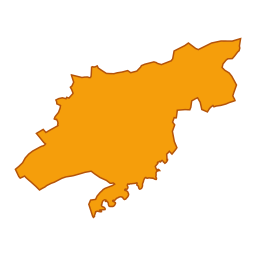 Malam Madori, Jigawa, Nigeria
{"feature_id": "59680162B52658055469559", "entity_name": "Malam Madori", "entity_type": "district", "adm_level": 2, "iso_a3": "NGA", "parent_name": "Nigeria", "parent_adm1": "Jigawa", "projection": "orthographic", "projection_center": [9.967, 12.523], "detail": "fine", "context": "isolated", "style": "filled", "palette": "amber", "viewbox_px": 256, "rotation_deg": 0, "n_neighbors": 0, "source": "geoboundaries", "source_scale": "gbopen_adm2", "svg_char_len": 5744}
<svg xmlns="http://www.w3.org/2000/svg" viewBox="0 0 256 256"><path d="M71.4,74.9L71.4,75.0L73.7,82.2L71.9,86.0L70.4,87.2L70.9,88.2L71.6,89.4L73.0,93.0L73.0,93.4L72.9,93.6L68.9,98.1L66.7,97.3L66.0,98.7L62.4,97.8L58.7,98.6L55.9,100.0L56.6,101.7L56.9,103.9L60.5,105.5L60.1,108.2L58.5,112.4L55.1,116.7L54.2,118.9L54.2,119.0L54.3,119.1L55.1,119.2L55.6,119.5L56.6,119.3L57.0,120.3L57.6,121.3L57.7,121.8L58.1,123.3L57.8,123.8L57.7,124.0L57.7,124.5L58.0,125.6L48.9,130.7L45.9,132.5L43.2,129.4L36.4,133.4L38.9,136.4L43.8,142.5L45.5,143.9L44.7,144.9L43.4,145.8L41.9,146.2L40.3,146.9L32.6,151.1L28.7,154.1L25.3,157.9L22.6,162.8L18.9,166.4L15.4,169.3L18.8,176.5L20.2,178.1L24.6,176.1L26.0,177.6L27.3,178.8L29.0,180.3L30.9,181.9L32.9,183.7L35.9,186.4L39.5,190.0L42.2,188.4L44.9,187.0L46.8,185.5L51.2,183.3L54.3,182.2L61.8,178.3L65.9,176.9L71.6,176.0L73.6,175.6L76.8,174.7L82.0,173.2L85.0,172.3L91.2,171.2L94.7,173.9L100.0,177.5L106.4,180.4L110.1,183.2L111.2,183.3L112.9,183.0L113.7,183.2L114.6,184.1L112.3,185.6L105.2,188.3L103.2,189.5L102.2,190.6L100.1,192.5L97.1,196.1L95.6,199.4L90.6,200.1L88.8,204.3L92.6,216.1L93.4,217.4L93.9,217.0L94.5,216.4L94.3,215.9L94.5,215.4L94.8,214.6L95.1,213.7L95.4,212.7L95.5,212.1L95.7,211.7L96.5,211.6L97.0,211.2L97.6,211.2L98.7,211.5L99.7,211.7L101.0,211.8L101.5,211.6L101.4,211.1L101.0,211.2L101.0,210.7L100.5,210.4L100.2,210.4L100.1,211.0L99.6,210.9L99.6,210.2L100.4,209.9L101.4,209.9L102.9,209.7L104.1,209.7L105.1,209.5L105.1,208.5L104.7,208.0L103.9,207.2L103.3,207.1L102.7,206.6L102.1,206.4L101.6,205.8L101.4,205.1L101.6,204.4L102.0,204.0L102.0,203.4L102.0,202.9L102.3,202.3L102.5,201.6L103.0,200.8L103.8,200.3L104.5,199.8L105.8,200.0L106.0,200.2L105.5,201.3L106.0,201.5L106.9,201.2L107.6,201.9L108.3,203.2L108.4,204.5L108.9,205.9L109.5,206.4L110.2,206.5L110.7,206.5L111.1,206.5L111.5,206.5L112.7,206.5L113.1,206.4L113.5,206.2L114.5,205.4L114.7,204.9L115.0,204.4L115.2,204.0L115.4,203.6L115.5,203.2L115.4,202.7L115.2,202.5L114.9,202.3L114.4,201.9L114.1,201.7L113.7,201.6L113.4,201.6L113.1,201.4L112.8,201.2L112.7,201.0L112.7,200.7L112.8,200.5L113.0,200.4L113.5,200.2L114.0,200.3L114.5,200.3L114.8,200.2L115.0,200.1L115.2,199.9L115.5,199.6L115.7,199.3L115.9,199.0L116.2,198.8L116.5,198.5L116.9,198.2L117.2,198.0L117.7,197.9L118.2,197.6L118.7,197.3L119.2,197.1L119.7,196.9L120.2,196.8L120.7,196.8L121.1,196.8L121.6,197.0L122.4,197.3L122.7,197.4L122.8,197.6L122.8,197.8L123.5,198.8L124.2,199.4L124.5,199.5L125.6,199.1L126.1,198.7L126.2,198.4L126.7,197.9L127.2,197.4L127.8,196.7L128.3,195.7L128.6,194.8L128.6,194.5L128.6,194.0L128.4,193.6L128.3,193.3L127.9,192.3L127.6,191.7L127.3,191.4L126.7,191.0L126.4,190.8L126.0,190.6L125.5,190.5L125.0,190.4L124.8,190.2L124.7,190.0L124.7,189.8L124.9,189.5L125.3,189.1L125.6,189.1L125.9,189.3L126.2,189.3L126.5,189.2L127.1,189.1L127.3,188.8L127.6,188.5L127.9,187.7L127.9,187.3L127.8,186.7L127.7,186.4L127.5,186.0L127.3,185.7L127.3,185.4L127.4,185.1L127.4,184.8L127.6,184.5L127.7,184.1L128.1,184.0L128.6,184.1L129.0,184.2L129.3,184.2L129.8,183.9L130.3,183.8L130.8,183.7L131.2,183.8L132.5,183.6L135.3,183.3L136.2,183.0L136.8,182.9L137.1,183.1L137.1,183.5L137.0,183.9L136.8,184.9L137.0,185.2L137.4,185.4L137.9,185.8L138.2,186.0L138.5,186.5L138.6,187.1L138.6,187.4L138.9,188.3L139.3,188.9L139.8,189.2L140.3,189.0L141.0,188.7L141.5,188.3L141.9,187.7L142.2,186.9L142.5,186.0L142.5,184.3L142.5,184.0L142.6,183.6L142.9,182.8L143.2,182.1L143.4,181.6L143.6,180.6L143.8,179.9L144.1,179.3L144.3,178.9L144.6,178.4L144.9,178.1L145.2,177.7L145.6,177.5L145.9,177.5L146.2,177.9L146.5,178.0L146.9,178.2L147.8,178.2L148.9,177.8L149.4,177.9L150.4,178.0L150.8,178.1L151.4,178.1L151.7,178.1L151.9,178.1L152.3,178.3L152.7,178.2L152.8,178.1L153.1,178.2L153.5,178.4L154.4,179.0L154.9,179.1L155.4,179.4L156.0,179.4L156.3,179.4L156.4,179.0L156.5,178.5L156.5,178.1L156.2,177.8L155.9,176.9L155.8,176.6L156.0,176.1L156.1,174.9L156.0,172.9L156.2,172.3L156.9,171.3L157.3,171.1L157.6,170.9L158.5,170.7L159.4,170.5L159.6,170.5L159.4,170.2L159.1,169.9L158.1,169.3L157.7,169.6L157.3,169.9L156.9,170.3L155.8,168.0L155.3,166.4L157.8,163.4L157.6,163.1L157.5,162.5L157.9,162.1L158.0,162.1L158.6,162.0L158.8,162.0L159.1,161.9L159.3,161.7L159.5,161.6L159.6,161.4L159.8,161.3L160.6,161.9L160.9,161.5L161.0,161.4L161.3,161.0L161.6,160.6L161.8,160.5L162.1,160.4L162.6,160.8L163.7,161.9L163.6,162.1L163.8,162.2L164.6,163.0L164.9,163.3L166.3,162.2L167.4,160.5L166.8,159.9L167.0,159.7L167.4,159.3L166.9,159.1L166.9,158.5L166.9,157.3L166.7,155.2L166.7,154.1L167.1,153.7L167.4,153.4L167.7,153.1L168.1,152.8L168.2,152.6L168.4,152.4L168.6,152.2L168.8,151.9L169.1,151.6L169.3,151.3L172.0,154.1L175.3,150.0L176.1,148.9L176.3,148.6L176.9,147.7L174.3,141.5L172.4,131.3L174.7,124.9L172.6,122.1L174.2,117.6L175.4,117.9L176.1,117.9L176.3,117.8L177.3,110.2L185.1,109.6L189.8,109.8L190.8,107.3L191.7,100.9L195.5,98.7L197.6,97.8L200.2,102.3L201.8,109.5L207.4,111.9L209.3,108.8L210.5,107.4L212.9,105.5L213.9,106.8L216.4,106.0L220.8,105.4L225.9,104.0L229.4,102.5L231.3,101.9L233.1,101.3L235.0,100.6L234.5,99.1L233.9,98.1L232.8,95.9L233.7,92.9L236.5,85.0L231.8,76.3L229.2,73.0L224.7,70.2L222.1,67.5L223.0,63.9L226.0,60.2L227.8,58.8L232.3,58.6L234.5,56.1L237.7,51.9L239.1,50.7L239.8,48.1L239.4,46.0L240.1,41.5L240.6,38.6L232.2,41.1L221.0,41.0L211.6,43.0L198.3,49.6L195.7,48.5L188.4,43.0L184.8,45.6L174.1,51.0L172.7,58.8L171.2,60.8L161.4,64.6L157.4,63.4L156.3,62.6L153.9,61.9L144.9,64.2L141.5,65.6L141.4,65.7L140.6,67.1L136.8,71.1L130.7,72.7L127.7,70.6L121.9,72.1L117.2,72.8L113.9,73.7L109.7,73.6L106.3,73.4L105.1,72.6L102.9,71.2L98.3,68.1L97.2,65.9L96.5,66.2L95.6,66.7L93.8,67.1L92.8,66.7L91.6,67.1L91.4,71.6L91.2,75.2L91.0,76.6L90.2,77.6L89.1,77.6L87.6,77.0L84.7,77.1L81.9,77.5L71.4,74.9Z" fill="#f59e0b" stroke="#b45309" stroke-width="1.5"/></svg>